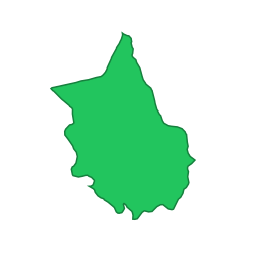 Monjas, Jalapa, Guatemala (Natural Earth projection), rotated 127°
{"feature_id": "79465075B55723885178845", "entity_name": "Monjas", "entity_type": "district", "adm_level": 2, "iso_a3": "GTM", "parent_name": "Guatemala", "parent_adm1": "Jalapa", "projection": "natural_earth1", "projection_center": [-89.899, 14.508], "detail": "fine", "context": "isolated", "style": "filled", "palette": "green", "viewbox_px": 256, "rotation_deg": 127, "n_neighbors": 0, "source": "geoboundaries", "source_scale": "gbopen_adm2", "svg_char_len": 1937}
<svg xmlns="http://www.w3.org/2000/svg" viewBox="0 0 256 256"><g transform="rotate(127 128 128)"><path d="M171.6,174.2L172.9,169.5L173.8,166.7L175.6,161.4L177.3,158.9L178.4,154.8L181.3,151.3L187.2,148.5L191.2,148.4L192.6,149.1L195.0,148.5L198.7,144.3L199.1,143.2L197.0,138.2L194.3,135.7L191.4,133.4L190.0,131.8L190.0,130.0L189.3,127.4L189.9,123.6L190.4,122.9L194.3,121.6L196.6,122.4L197.8,123.8L197.3,119.1L197.5,117.6L199.1,115.3L200.2,111.2L200.0,107.5L199.1,104.9L199.6,103.6L199.2,99.3L199.5,93.1L199.7,91.0L202.0,86.9L202.1,85.1L201.4,83.8L199.3,82.0L197.4,82.0L194.5,82.4L191.7,85.8L190.9,85.9L190.6,85.5L190.8,83.0L191.8,81.0L191.8,80.0L192.2,74.8L192.8,73.7L194.6,71.5L197.9,69.3L196.8,67.6L194.9,66.0L186.7,66.0L184.3,65.1L182.6,61.1L180.2,58.6L173.5,57.7L169.8,56.0L168.2,54.0L168.4,47.2L166.7,43.7L165.4,42.8L154.5,44.9L151.6,44.2L147.1,44.8L143.3,46.5L140.4,45.6L136.4,46.0L134.9,46.6L131.0,51.0L126.5,53.4L125.0,55.7L123.6,56.7L122.3,57.1L117.9,55.7L113.3,55.2L113.3,61.2L111.9,64.8L109.6,67.8L106.4,69.0L103.7,72.0L97.9,77.4L97.8,78.3L96.7,80.0L96.0,84.4L97.4,89.2L100.4,94.2L102.0,97.3L102.7,102.3L101.6,105.0L98.6,109.4L98.5,110.9L97.0,114.3L96.2,114.6L95.8,116.2L92.0,121.3L90.1,123.3L83.5,131.5L83.4,132.3L82.5,133.7L82.2,140.1L81.7,141.1L80.4,144.9L78.1,148.1L72.7,155.0L70.4,160.6L68.7,162.9L68.5,166.6L68.0,167.9L67.2,168.8L65.8,169.1L61.7,171.5L60.9,173.4L58.7,176.1L57.9,176.9L57.0,176.9L54.5,179.5L53.9,182.7L54.8,184.4L55.6,188.0L55.6,189.6L56.9,188.3L58.1,187.8L61.2,186.7L63.2,186.4L65.8,185.8L70.6,185.5L71.6,185.0L81.5,183.6L82.5,183.1L92.1,181.0L93.5,180.1L97.0,179.5L99.1,179.6L101.0,179.8L103.1,180.4L106.8,183.7L113.2,188.5L118.8,193.9L123.1,197.0L141.6,212.9L142.9,213.2L143.4,210.4L143.2,209.7L144.8,198.7L145.3,188.6L145.7,187.8L145.7,185.1L146.3,183.7L150.4,180.7L156.5,174.3L158.6,174.7L160.8,176.5L166.4,177.1L168.8,176.5L171.6,174.2Z" fill="#22c55e" stroke="#15803d" stroke-width="1.5"/></g></svg>